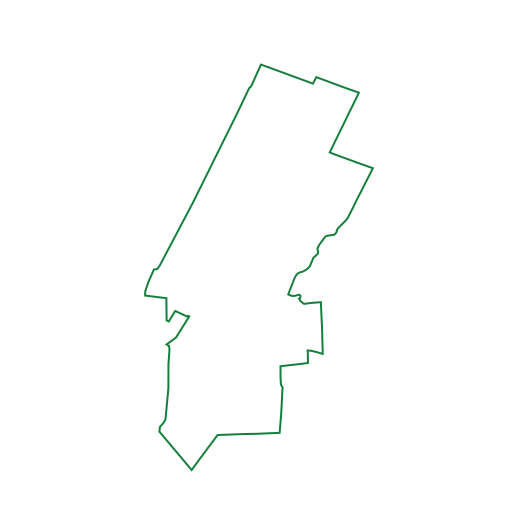 the district of Nanov, Teleorman, Romania, rotated 153°
{"feature_id": "2599482B59820157920356", "entity_name": "Nanov", "entity_type": "district", "adm_level": 2, "iso_a3": "ROU", "parent_name": "Romania", "parent_adm1": "Teleorman", "projection": "robinson", "projection_center": [25.25, 43.959], "detail": "fine", "context": "isolated", "style": "outline", "palette": "green", "viewbox_px": 512, "rotation_deg": 153, "n_neighbors": 0, "source": "geoboundaries", "source_scale": "gbopen_adm2", "svg_char_len": 1760}
<svg xmlns="http://www.w3.org/2000/svg" viewBox="0 0 512 512"><g transform="rotate(153 256 256)"><path d="M410.5,94.5L409.6,95.0L408.5,95.5L405.6,97.0L397.7,101.0L395.4,102.1L386.0,106.8L371.5,113.9L349.8,103.9L335.1,96.8L315.2,87.7L305.0,104.3L301.3,110.7L300.2,112.6L298.8,115.0L295.8,120.3L294.0,123.5L292.4,126.1L292.0,126.8L292.1,128.5L292.1,130.2L289.6,135.9L287.2,140.7L284.2,146.7L264.5,139.3L258.2,137.1L252.8,148.4L250.7,147.1L248.7,145.5L245.9,143.2L241.1,138.5L240.4,139.7L230.1,161.3L223.0,177.0L219.2,185.4L222.0,186.6L228.8,189.4L234.9,191.5L235.8,193.3L236.8,195.8L237.1,198.4L235.7,198.5L234.4,200.6L235.2,201.9L240.6,203.2L242.7,204.7L244.7,207.1L240.9,210.6L234.8,216.0L231.2,219.2L228.3,221.0L226.5,221.4L224.3,221.5L221.6,220.9L218.5,220.9L215.3,221.4L212.7,222.4L209.7,224.9L205.6,228.4L202.1,229.3L199.8,230.1L199.0,230.9L198.4,233.0L197.8,234.9L194.8,237.1L191.0,239.0L186.3,241.5L184.7,241.8L183.6,241.8L181.2,241.0L178.5,240.0L176.6,239.4L174.8,239.9L172.9,241.1L172.5,242.0L171.5,242.8L168.2,244.2L163.8,245.6L159.8,246.9L156.8,248.4L148.1,254.7L142.6,258.9L112.0,281.1L123.6,293.4L139.1,310.1L143.3,314.8L107.9,341.5L106.8,342.3L98.5,348.5L91.0,354.2L90.7,354.5L90.2,354.8L91.2,355.9L92.7,357.5L97.7,362.7L102.3,367.6L121.1,388.0L127.0,383.7L157.4,416.5L164.7,424.3L173.9,416.9L181.0,411.2L183.2,409.5L186.1,408.5L204.5,394.4L208.0,391.7L218.7,383.7L236.1,370.8L287.4,332.6L346.5,290.9L349.9,289.2L353.1,290.3L364.0,281.4L370.6,274.9L372.8,271.1L355.0,259.1L364.9,239.2L363.4,237.3L352.9,243.7L344.5,232.8L343.8,233.5L342.9,232.5L364.4,219.6L375.8,217.8L374.3,215.2L375.6,211.9L383.3,199.0L394.0,178.1L410.2,152.5L411.4,151.1L414.4,149.2L419.2,147.3L421.8,143.4L410.5,94.5Z" fill="none" stroke="#15803d" stroke-width="2"/></g></svg>